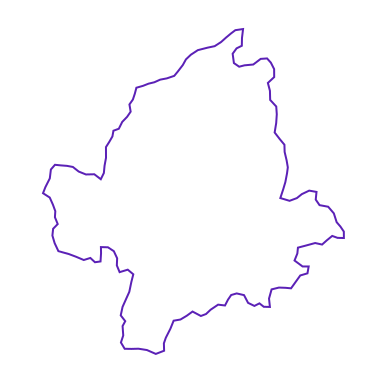 Chácara, Minas Gerais, Brazil (Mercator projection), rotated 176°
{"feature_id": "56859067B60950226665994", "entity_name": "Chácara", "entity_type": "district", "adm_level": 2, "iso_a3": "BRA", "parent_name": "Brazil", "parent_adm1": "Minas Gerais", "projection": "mercator", "projection_center": [-43.214, -21.689], "detail": "fine", "context": "isolated", "style": "outline", "palette": "violet", "viewbox_px": 384, "rotation_deg": 176, "n_neighbors": 0, "source": "geoboundaries", "source_scale": "gbopen_adm2", "svg_char_len": 2095}
<svg xmlns="http://www.w3.org/2000/svg" viewBox="0 0 384 384"><g transform="rotate(176 192 192)"><path d="M340.7,201.2L334.3,196.4L331.6,189.0L329.7,182.4L330.5,176.4L328.2,169.4L333.1,165.0L334.3,158.3L332.6,150.6L329.4,142.3L319.2,138.7L312.2,135.5L304.7,131.7L298.0,133.3L293.7,128.7L288.1,129.1L287.0,137.3L286.7,143.4L279.7,142.7L274.1,138.4L271.3,131.1L272.1,124.0L269.8,117.1L261.5,119.0L256.3,114.0L258.8,106.4L261.5,96.8L265.2,89.9L269.3,82.2L271.7,73.9L267.6,67.8L270.6,63.1L270.6,53.7L273.4,46.8L270.1,40.3L263.4,39.7L256.3,39.4L248.0,37.5L239.4,33.0L230.9,35.6L230.6,43.0L228.3,48.4L223.1,57.1L219.3,64.9L212.4,65.6L205.9,68.9L199.8,72.7L191.8,67.7L186.5,69.3L181.6,73.3L173.8,77.8L167.0,76.5L163.6,82.1L160.1,86.5L154.5,87.7L147.3,85.5L143.8,77.5L137.7,74.0L132.5,76.2L128.4,72.5L122.3,71.9L122.6,80.3L119.4,89.3L111.9,90.6L105.4,89.9L99.9,89.0L95.6,94.2L89.8,101.2L82.5,102.8L80.8,109.6L86.9,110.0L94.5,116.5L91.2,123.3L90.2,129.1L82.8,130.5L72.7,132.5L65.9,130.5L61.0,134.3L55.2,138.4L50.0,136.1L43.7,135.5L43.3,141.9L46.3,147.1L49.8,151.8L52.0,160.8L57.2,167.8L65.7,170.0L69.1,175.8L67.8,183.4L75.0,185.2L82.6,182.2L87.8,178.6L95.3,176.4L104.3,179.8L100.8,188.4L98.2,195.3L95.9,204.0L94.7,209.9L95.4,216.9L96.8,225.5L96.5,232.7L100.6,238.4L105.4,245.6L103.2,254.9L102.0,263.6L102.0,271.4L107.6,278.4L107.2,287.5L108.7,295.5L102.0,300.9L101.5,308.9L104.3,315.5L107.8,320.0L114.2,320.0L122.0,314.9L130.8,314.7L136.2,313.7L141.2,317.7L141.8,327.1L137.5,332.2L132.1,334.4L131.4,342.1L129.7,351.0L137.5,350.4L142.1,347.4L147.1,343.8L152.5,339.6L159.2,335.9L166.4,334.9L176.3,333.1L183.6,329.0L188.8,324.7L192.3,319.3L197.8,313.1L201.6,309.1L209.2,307.1L215.9,306.3L221.9,304.1L227.8,303.1L233.5,301.3L240.2,299.9L242.2,294.0L244.5,288.4L248.3,283.7L247.6,276.4L251.5,271.5L256.7,266.8L260.6,260.2L266.1,258.6L267.5,253.0L271.0,247.8L274.7,242.8L275.4,232.1L277.4,224.3L278.6,217.1L282.1,211.1L288.2,216.5L296.6,216.9L303.6,220.3L309.1,225.3L314.9,226.8L321.0,227.7L326.8,228.7L331.2,224.3L332.9,215.5L337.9,207.1L340.7,201.2Z" fill="none" stroke="#5b21b6" stroke-width="2"/></g></svg>